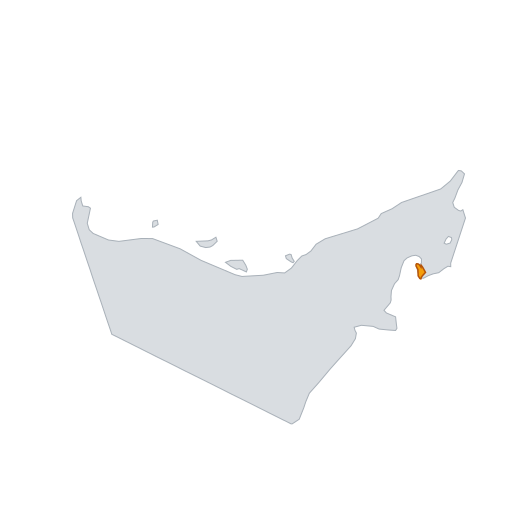 location of Neutral Zone within United Arab Emirates, rotated 19°
{"feature_id": "ARE-347", "entity_name": "Neutral Zone", "entity_type": "Emirate", "adm_level": 1, "iso_a3": "ARE", "parent_name": "United Arab Emirates", "parent_adm1": "", "projection": "mercator", "projection_center": [56.031, 24.808], "detail": "fine", "context": "in_parent", "style": "filled", "palette": "amber", "viewbox_px": 512, "rotation_deg": 19, "n_neighbors": 0, "source": "natural_earth", "source_scale": "10m", "svg_char_len": 2630}
<svg xmlns="http://www.w3.org/2000/svg" viewBox="0 0 512 512"><g transform="rotate(19 256 256)"><path d="M436.5,144.9L441.7,151.9L442.4,199.3L443.6,202.7L440.8,203.2L437.8,206.8L434.2,212.3L429.3,215.2L425.4,218.4L421.7,222.4L418.3,223.3L414.0,218.2L411.1,213.0L411.8,211.9L413.9,211.5L414.7,208.8L413.4,204.9L410.5,203.4L406.8,203.3L403.3,205.1L399.6,208.5L397.5,212.2L397.1,219.7L398.1,228.0L398.1,232.1L396.0,237.1L395.3,244.5L396.8,250.3L398.1,253.7L398.2,256.6L394.7,265.7L397.8,267.4L407.8,268.1L410.7,274.3L412.8,278.5L412.2,281.0L405.1,282.9L396.2,285.0L389.7,284.4L378.2,287.2L372.0,291.4L373.8,294.1L376.0,296.2L376.9,301.8L375.1,309.9L371.8,317.7L367.7,327.3L363.0,338.5L356.6,355.2L351.1,368.4L350.5,377.8L350.6,384.0L350.0,396.3L344.8,403.0L343.6,403.3L337.5,402.4L335.4,402.2L329.5,401.4L320.3,400.2L308.5,398.6L294.4,396.7L278.7,394.7L261.9,392.4L244.6,390.1L227.3,387.9L210.5,385.6L194.8,383.6L180.8,381.7L168.9,380.1L159.8,378.9L153.9,378.1L151.8,377.8L145.2,377.0L141.7,372.4L137.4,366.9L133.1,361.3L128.9,355.8L124.6,350.2L120.3,344.7L116.0,339.1L111.7,333.6L107.4,328.0L103.2,322.4L98.9,316.9L94.6,311.3L90.3,305.7L86.0,300.2L81.8,294.6L77.5,289.0L73.2,283.4L70.3,279.7L68.7,275.5L68.4,264.4L68.4,262.0L71.3,257.5L72.7,260.7L75.9,265.1L81.4,264.0L83.9,264.7L85.8,280.0L89.8,285.5L94.7,287.7L111.3,288.9L121.6,286.8L141.8,276.8L152.5,273.2L181.9,273.9L205.5,278.0L242.3,280.5L249.4,279.9L269.2,271.8L281.4,264.7L288.6,262.7L293.4,255.9L296.5,246.9L299.3,241.1L302.9,238.3L306.3,233.4L309.0,225.3L315.8,217.2L343.2,197.3L359.2,180.5L360.6,175.1L369.3,167.0L376.2,158.0L408.8,132.5L415.3,121.9L419.2,110.1L419.6,109.2L422.4,108.7L426.4,110.5L426.8,119.4L425.4,127.8L425.2,136.6L424.6,141.4L427.6,145.4L432.8,147.0L435.0,146.8L436.5,144.9ZM435.3,180.6L435.8,176.9L434.9,175.0L431.6,174.8L430.2,178.0L429.7,182.6L432.1,182.9L435.3,180.6ZM252.1,271.3L252.1,274.2L244.2,273.4L242.1,274.9L235.6,274.0L229.2,271.9L233.5,268.4L244.8,264.3L249.4,268.1L252.1,271.3ZM205.7,264.4L200.0,264.8L194.7,261.6L205.7,257.3L208.7,255.3L212.0,251.3L214.5,254.7L211.7,260.2L209.6,262.5L205.7,264.4ZM293.9,248.6L293.2,250.3L291.0,250.1L285.5,248.6L283.8,246.2L287.2,243.3L288.7,243.2L290.9,246.2L293.9,248.6ZM150.1,261.8L148.7,262.4L147.4,257.8L147.5,256.4L151.0,254.3L153.2,258.0L150.1,261.8Z" fill="#d9dde1" stroke="#a8b0b8" stroke-width="1"/><path d="M415.6,212.8L415.3,211.0L417.3,212.4L421.6,216.3L419.8,220.5L419.3,222.2L419.4,223.4L419.3,224.0L418.2,223.9L415.8,222.0L413.5,216.1L410.6,213.4L410.1,212.2L410.3,211.1L411.7,210.7L412.8,210.9L413.8,211.4L415.6,212.8Z" fill="#f59e0b" stroke="#b45309" stroke-width="1.5"/></g></svg>